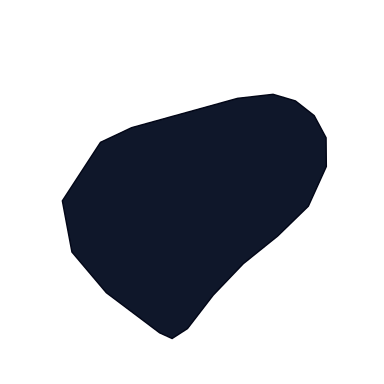 map outline of Antipodes Islands (Mercator projection), rotated 35°
{"feature_id": "NZL-5477", "entity_name": "Antipodes Islands", "entity_type": "state/province", "adm_level": 1, "iso_a3": "NZL", "parent_name": "New Zealand", "parent_adm1": "", "projection": "mercator", "projection_center": [178.798, -49.668], "detail": "fine", "context": "isolated", "style": "filled", "palette": "ink", "viewbox_px": 384, "rotation_deg": 35, "n_neighbors": 0, "source": "natural_earth", "source_scale": "10m", "svg_char_len": 389}
<svg xmlns="http://www.w3.org/2000/svg" viewBox="0 0 384 384"><g transform="rotate(35 192 192)"><path d="M287.4,94.1L295.4,136.9L287.4,178.9L275.1,221.3L268.5,264.3L266.6,306.5L259.7,323.4L246.3,325.9L179.6,323.6L128.1,310.0L90.9,273.6L88.6,203.8L105.7,173.9L175.6,89.2L202.4,65.5L224.5,58.1L248.3,59.4L270.7,70.7L287.4,94.1Z" fill="#0f172a" stroke="#020617" stroke-width="1.5"/></g></svg>